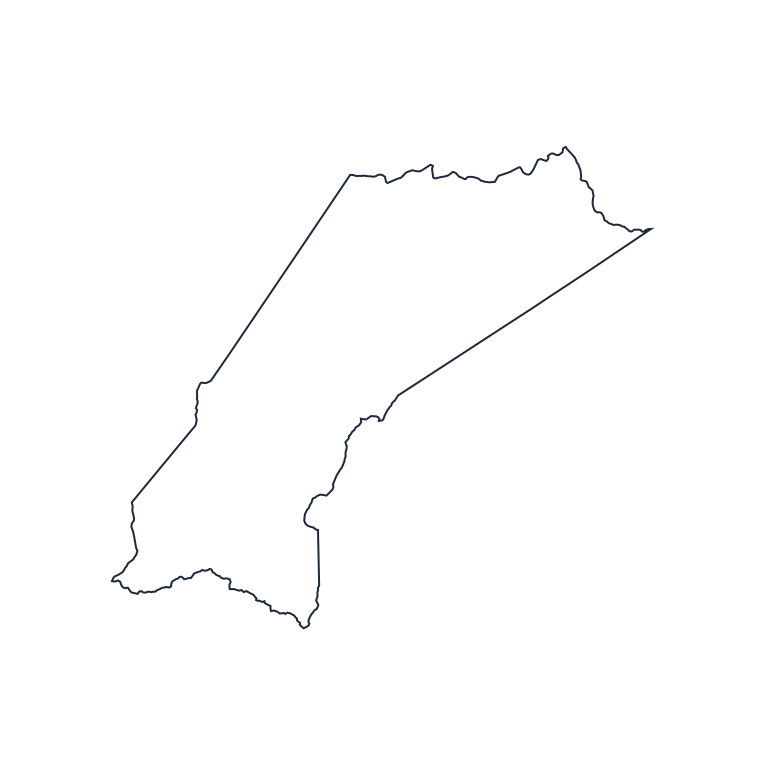 the district of Loreto, Maranhão, Brazil, rotated 202°
{"feature_id": "56859067B64584099419455", "entity_name": "Loreto", "entity_type": "district", "adm_level": 2, "iso_a3": "BRA", "parent_name": "Brazil", "parent_adm1": "Maranhão", "projection": "robinson", "projection_center": [-45.236, -7.204], "detail": "fine", "context": "isolated", "style": "outline", "palette": "slate", "viewbox_px": 768, "rotation_deg": 202, "n_neighbors": 0, "source": "geoboundaries", "source_scale": "gbopen_adm2", "svg_char_len": 4664}
<svg xmlns="http://www.w3.org/2000/svg" viewBox="0 0 768 768"><g transform="rotate(202 384 384)"><path d="M562.4,99.3L559.1,100.2L557.0,102.2L554.6,101.8L552.9,99.9L551.6,98.6L549.6,97.6L547.6,97.7L545.2,99.2L543.7,98.2L541.6,96.8L539.9,96.1L538.2,96.4L536.0,96.8L533.8,97.1L533.2,99.8L531.3,101.1L529.6,100.5L527.5,100.9L525.9,102.2L524.2,103.4L521.5,103.9L520.3,104.9L518.2,105.8L517.1,108.0L515.1,109.7L513.8,111.5L510.9,113.5L508.8,114.5L506.6,114.9L505.6,116.7L506.4,119.0L506.3,121.9L505.1,123.4L504.1,124.8L502.3,126.4L501.2,128.6L499.2,129.5L496.1,128.1L494.5,129.3L492.5,130.8L490.3,131.9L489.5,134.8L489.2,137.0L487.8,138.5L485.6,140.4L484.2,141.4L483.0,143.4L480.3,143.7L477.9,145.1L476.6,147.0L474.8,147.5L473.5,146.6L472.5,145.3L470.5,145.2L468.5,144.3L466.0,144.1L464.5,144.3L462.1,143.3L459.8,143.4L456.9,144.9L453.8,145.1L452.0,142.8L452.1,140.0L451.5,138.4L450.2,136.0L448.4,136.7L446.5,137.6L444.9,137.8L442.6,137.9L440.5,138.3L439.0,139.6L436.1,138.5L434.0,140.5L430.1,139.9L426.4,139.7L424.9,139.1L423.7,138.1L422.0,137.6L421.7,135.8L420.0,135.6L418.3,136.5L416.6,136.3L414.7,136.5L413.6,137.8L412.6,136.4L410.3,135.9L408.2,135.7L406.1,135.7L405.0,133.0L403.6,131.1L401.4,132.7L397.9,132.9L394.7,132.2L392.9,133.1L391.1,134.2L389.3,133.8L388.1,135.7L385.7,136.2L383.6,136.1L382.0,135.8L380.4,135.7L378.9,134.6L376.9,134.0L376.0,132.2L374.5,131.5L372.4,131.1L371.8,129.1L367.1,127.4L365.2,129.3L363.4,132.0L363.4,133.9L364.8,134.8L365.5,137.1L365.4,139.5L365.2,142.8L364.6,144.5L363.6,148.2L362.1,150.3L362.0,152.4L362.1,154.5L365.9,158.0L366.0,161.9L367.7,166.0L367.8,168.1L368.8,169.9L368.7,173.0L390.5,223.9L392.9,223.6L395.5,224.5L400.0,224.0L401.9,224.1L404.6,225.1L405.6,226.3L406.8,227.4L408.5,233.4L408.4,236.0L408.2,238.8L407.2,240.8L407.4,243.3L406.8,247.2L407.1,249.4L407.1,251.2L405.3,252.9L404.0,255.2L401.7,257.5L398.9,258.3L395.6,259.0L394.2,262.0L392.2,267.1L392.3,269.5L393.7,271.8L393.7,281.4L392.5,288.2L391.8,290.7L391.7,293.5L391.8,296.0L391.8,298.0L392.4,299.6L392.4,302.4L393.8,305.5L394.2,307.1L394.5,310.1L395.3,312.5L398.0,315.5L396.3,320.4L397.0,322.5L396.2,324.2L395.5,328.0L394.3,330.2L393.9,333.2L391.7,336.3L390.8,339.9L392.5,343.2L389.5,343.7L387.0,344.7L383.9,349.5L379.0,351.1L377.0,351.0L375.2,349.9L375.0,347.8L371.8,349.7L371.4,352.3L371.6,354.9L371.1,360.3L370.0,365.2L369.2,366.6L369.4,368.8L368.8,371.0L367.8,372.5L367.0,376.9L366.7,378.6L317.8,448.5L292.5,484.7L274.7,510.1L271.4,514.9L266.8,521.7L245.7,552.3L237.9,563.6L194.5,627.8L196.9,626.7L199.0,624.7L200.0,622.6L202.2,622.0L203.6,622.9L206.1,622.4L209.8,620.8L211.6,618.1L213.6,617.6L215.9,618.6L218.2,619.1L220.3,619.9L222.0,619.3L224.0,619.7L225.6,619.5L228.1,618.9L230.9,617.4L232.8,617.5L235.8,617.3L238.7,618.3L240.8,618.4L243.8,622.2L246.7,624.1L248.4,624.0L250.5,623.0L253.3,623.5L254.8,624.9L257.0,627.4L258.5,630.2L259.7,634.3L260.2,637.1L261.8,639.3L263.1,641.5L265.9,642.7L267.9,643.2L270.4,646.0L272.0,647.5L274.8,647.4L276.3,646.8L278.4,647.5L278.8,649.9L281.9,655.8L284.0,658.0L286.1,660.5L288.0,661.3L290.0,663.7L292.0,665.5L294.8,666.9L302.1,670.3L304.3,671.9L306.2,669.7L305.3,665.6L307.6,661.9L309.7,660.9L313.9,661.0L315.5,660.1L317.5,656.9L316.3,655.4L316.1,653.4L317.3,651.5L322.9,651.3L325.2,649.4L325.8,638.8L326.9,633.9L328.2,632.4L330.9,631.6L334.7,632.5L337.0,634.7L339.2,635.9L340.6,634.9L346.6,627.8L354.2,621.2L355.7,620.1L356.3,617.7L356.9,613.0L361.5,610.6L366.3,609.3L370.3,608.9L373.8,609.9L379.4,609.2L383.0,607.8L384.3,606.7L385.1,604.6L386.6,604.1L389.5,604.5L391.8,604.3L396.9,606.6L399.7,606.4L402.3,601.8L403.8,600.4L405.4,599.2L407.9,597.7L409.7,596.5L412.1,594.8L413.9,593.6L415.7,593.9L420.0,601.3L420.3,604.5L423.1,604.7L427.5,598.2L429.8,595.2L431.4,594.1L434.4,593.3L437.6,592.9L440.9,590.1L442.9,588.1L444.5,583.9L445.8,581.3L447.5,580.2L456.0,571.7L457.7,572.0L460.7,576.5L463.5,577.1L465.7,576.8L467.5,576.0L469.4,573.6L471.4,572.3L479.0,570.0L480.6,569.8L482.1,568.7L483.6,568.2L488.1,566.3L490.5,566.3L493.7,565.2L515.3,463.3L524.1,422.2L531.6,386.9L539.0,352.4L545.8,322.0L548.9,318.6L551.0,317.6L553.9,316.9L554.6,314.9L554.7,311.3L554.9,307.5L552.6,302.6L552.0,300.2L550.4,298.3L549.6,296.1L549.5,293.2L549.4,291.2L547.6,289.8L547.0,287.3L547.3,284.9L544.6,281.3L543.6,278.1L543.3,274.8L545.1,269.2L550.3,253.0L573.5,179.7L571.1,176.3L570.2,173.0L569.4,171.4L568.1,169.8L565.4,165.8L564.8,163.8L565.5,160.1L564.8,157.0L561.4,153.2L557.9,148.0L552.5,139.2L550.3,137.2L550.0,135.2L549.7,133.1L550.3,130.5L550.9,127.1L552.8,124.2L554.2,121.9L554.3,118.8L555.2,116.2L555.4,113.3L556.3,111.0L558.8,107.6L561.7,104.6L562.3,102.8L562.4,99.3Z" fill="none" stroke="#1e293b" stroke-width="2"/></g></svg>